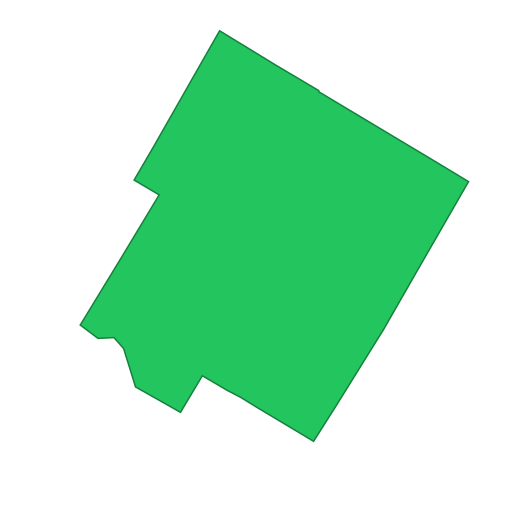 the district of Morgan, Indiana, United States of America, rotated 301°
{"feature_id": "52423323B18184838722904", "entity_name": "Morgan", "entity_type": "district", "adm_level": 2, "iso_a3": "USA", "parent_name": "United States of America", "parent_adm1": "Indiana", "projection": "natural_earth1", "projection_center": [-86.497, 39.486], "detail": "fine", "context": "isolated", "style": "filled", "palette": "green", "viewbox_px": 512, "rotation_deg": 301, "n_neighbors": 0, "source": "geoboundaries", "source_scale": "gbopen_adm2", "svg_char_len": 516}
<svg xmlns="http://www.w3.org/2000/svg" viewBox="0 0 512 512"><g transform="rotate(301 256 256)"><path d="M83.1,271.8L125.7,271.7L126.0,300.7L126.9,315.2L126.7,335.5L126.8,394.6L126.8,400.8L171.9,401.9L259.3,403.2L325.7,401.8L429.2,399.9L429.3,366.9L429.1,225.4L430.1,224.6L429.8,174.3L430.3,108.8L369.4,110.2L361.8,110.4L296.5,111.9L281.3,112.1L258.3,112.4L258.5,141.5L183.4,141.4L106.3,140.9L104.0,163.0L112.9,176.3L108.5,190.2L81.7,220.2L83.1,271.8Z" fill="#22c55e" stroke="#15803d" stroke-width="1.5"/></g></svg>